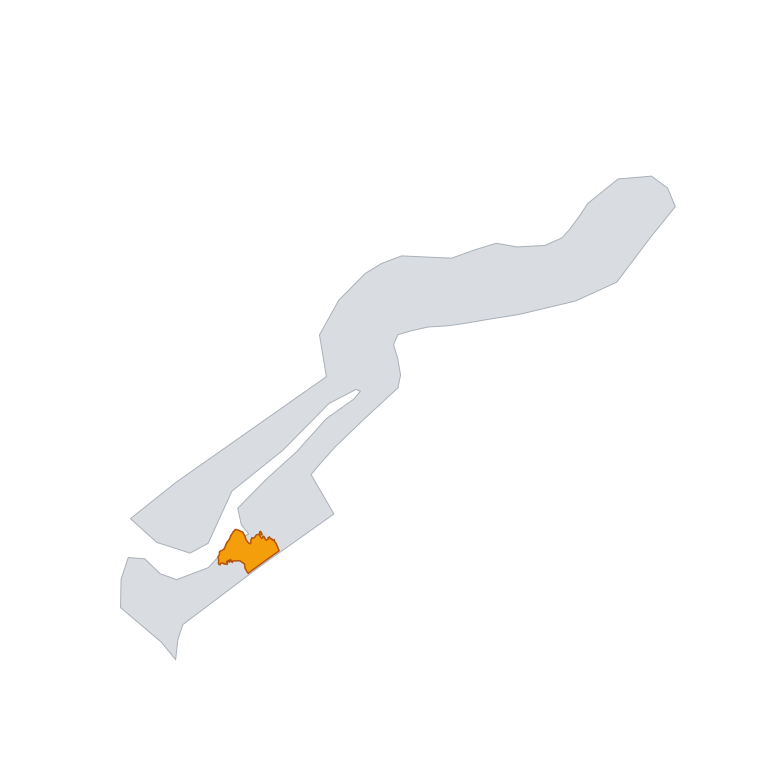 Foni Bintang Karanai, West Coast, Gambia (highlighted), rotated 324°
{"feature_id": "56634734B67575656085362", "entity_name": "Foni Bintang Karanai", "entity_type": "district", "adm_level": 2, "iso_a3": "GMB", "parent_name": "Gambia", "parent_adm1": "West Coast", "projection": "natural_earth1", "projection_center": [-16.253, 13.246], "detail": "fine", "context": "in_parent", "style": "filled", "palette": "amber", "viewbox_px": 768, "rotation_deg": 324, "n_neighbors": 0, "source": "geoboundaries", "source_scale": "gbopen_adm2", "svg_char_len": 4278}
<svg xmlns="http://www.w3.org/2000/svg" viewBox="0 0 768 768"><g transform="rotate(324 384 384)"><path d="M99.7,343.9L158.0,341.3L228.6,342.4L305.5,343.6L341.7,344.2L360.7,306.3L396.8,289.6L433.9,283.5L453.1,285.1L473.5,290.7L512.6,321.9L536.9,329.0L557.5,336.1L572.2,351.3L595.5,366.4L613.9,370.4L624.8,368.1L643.0,362.3L654.9,357.7L693.9,355.7L722.6,373.1L728.6,392.2L723.9,411.7L685.5,422.1L632.2,438.4L588.0,429.5L534.4,407.2L503.0,391.3L489.9,384.9L470.3,374.7L453.2,363.8L436.7,356.7L424.1,352.2L414.8,357.9L410.1,371.4L402.7,386.4L393.1,395.3L348.1,400.6L307.8,406.1L286.1,410.8L271.7,414.4L267.1,459.7L221.4,459.2L176.5,458.7L129.9,459.5L79.8,460.4L67.0,469.6L53.4,484.5L52.1,461.9L39.4,410.1L56.5,387.4L75.1,374.1L87.7,384.8L91.4,405.9L101.1,420.3L133.9,429.3L166.5,422.8L186.4,425.8L185.8,414.1L192.6,398.6L232.1,391.9L273.9,387.4L316.9,378.1L350.5,378.5L360.6,375.9L358.2,371.9L327.9,367.4L263.5,378.1L197.9,381.3L148.1,409.5L127.7,406.8L107.1,378.7L99.7,343.9Z" fill="#d9dde1" stroke="#a8b0b8" stroke-width="1"/><path d="M186.9,430.8L186.4,431.0L185.6,431.4L184.8,431.9L184.0,432.8L183.6,433.2L183.0,434.0L182.7,434.4L182.2,434.7L181.9,434.5L181.6,434.2L181.3,433.7L181.0,433.0L180.9,432.1L180.9,431.2L180.8,429.9L180.8,429.5L180.9,429.2L180.9,428.9L181.1,428.3L181.8,426.2L182.0,425.9L182.2,424.5L182.2,424.2L182.4,423.2L182.5,422.2L182.6,421.8L182.6,421.2L182.5,420.6L182.4,420.2L181.9,419.7L181.5,418.8L181.2,418.3L180.9,417.7L180.4,416.8L180.0,416.3L179.8,416.1L179.5,415.8L179.4,415.5L178.5,414.6L178.1,414.2L176.8,414.8L175.9,414.8L175.4,414.9L175.1,414.9L173.7,415.8L173.1,415.8L172.7,416.0L172.1,416.1L171.9,416.2L171.6,416.3L171.2,416.5L170.9,416.5L170.8,416.9L170.5,416.9L170.4,417.0L170.1,417.2L170.0,417.4L169.7,417.5L169.3,417.8L168.4,418.2L167.9,418.5L167.6,418.7L167.1,418.8L166.8,419.0L166.3,419.2L165.8,419.3L165.3,419.6L165.1,419.5L164.9,419.6L164.7,419.7L164.4,419.6L164.2,419.7L163.9,419.8L163.7,419.8L163.3,420.3L163.1,420.3L163.0,420.5L162.7,420.5L162.4,420.6L162.2,420.6L161.9,420.7L161.6,421.0L161.1,421.3L160.8,421.5L160.7,421.6L160.3,422.1L160.1,422.2L159.9,422.3L159.6,422.3L159.3,422.6L159.1,422.7L158.9,422.7L158.6,422.8L158.5,423.0L158.2,423.0L157.6,423.7L156.9,423.4L156.3,423.4L155.4,423.4L154.6,423.4L153.4,422.9L152.4,423.0L151.8,423.4L151.3,424.3L150.4,425.4L149.2,425.8L148.3,426.1L147.9,426.5L147.6,427.7L146.4,429.6L145.9,430.4L145.8,430.5L145.0,431.3L144.6,431.8L144.5,432.2L144.5,432.7L144.6,433.1L144.7,433.5L145.1,433.7L145.3,433.9L145.8,433.3L146.6,433.2L147.1,433.3L147.4,433.5L147.8,433.9L148.2,434.1L148.3,434.2L148.6,434.4L148.7,435.2L148.8,435.6L149.0,435.8L149.4,435.7L149.8,436.0L149.9,436.3L150.2,437.0L150.4,437.2L150.9,437.5L151.3,437.6L151.6,437.4L151.9,437.0L152.0,436.7L151.9,435.7L152.1,435.4L152.3,435.3L152.6,435.3L152.8,435.4L153.0,435.6L153.1,436.1L153.4,436.2L153.5,436.1L153.5,435.6L153.5,435.1L153.8,435.0L154.1,435.1L154.2,435.5L154.1,435.8L154.1,436.6L154.3,437.2L154.6,437.1L154.6,436.8L154.5,436.1L155.0,436.0L155.5,435.7L155.9,435.6L156.7,435.8L156.6,436.2L156.0,436.3L155.5,436.7L155.6,437.2L155.6,437.3L155.8,437.4L156.4,437.1L156.8,437.2L156.9,437.5L156.7,437.7L156.4,437.5L156.1,437.6L156.0,437.9L156.5,439.0L157.0,438.2L157.3,438.2L157.6,438.5L157.9,438.5L158.8,439.1L159.0,439.2L161.7,441.1L163.1,442.0L163.5,442.3L163.9,443.4L165.3,447.4L164.7,449.1L163.4,450.9L163.3,451.8L162.9,454.4L162.8,457.3L163.8,457.3L163.9,457.2L165.6,457.3L167.3,457.2L170.1,457.2L173.5,457.2L183.8,457.2L184.0,457.2L186.8,457.2L190.4,457.2L194.1,457.3L197.1,457.3L201.1,457.3L202.5,451.7L202.6,451.1L203.0,449.6L203.0,448.5L202.9,448.2L202.9,447.7L202.9,447.3L203.0,446.8L203.7,445.6L202.9,445.3L202.5,444.7L202.1,444.8L202.1,444.2L202.2,443.3L202.0,443.0L201.4,442.8L201.1,442.3L201.3,442.1L201.4,441.5L201.4,440.4L199.7,440.3L199.4,441.2L196.9,441.2L196.7,438.4L197.2,438.1L197.2,436.5L196.7,436.1L196.4,436.1L196.1,436.2L195.6,436.7L195.2,437.0L194.9,437.1L194.4,436.8L194.2,435.3L194.2,434.0L194.4,433.4L194.9,433.2L195.2,433.1L195.5,433.3L196.5,434.2L196.9,434.1L197.2,433.3L197.5,431.2L197.2,430.6L196.8,430.5L196.1,431.1L195.2,431.9L194.6,432.1L194.1,432.1L192.7,431.2L191.8,431.1L190.6,431.5L189.4,432.0L188.2,432.0L187.2,431.6L186.9,430.8Z" fill="#f59e0b" stroke="#b45309" stroke-width="1.5"/></g></svg>